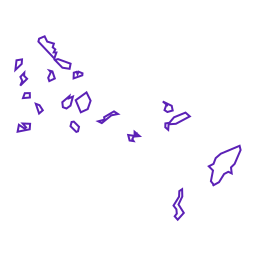 the district of Notioy Aigaioy, Notio Aigaio, Greece
{"feature_id": "26713481B52894455575268", "entity_name": "Notioy Aigaioy", "entity_type": "district", "adm_level": 2, "iso_a3": "GRC", "parent_name": "Greece", "parent_adm1": "Notio Aigaio", "projection": "natural_earth1", "projection_center": [26.069, 36.671], "detail": "medium", "context": "isolated", "style": "outline", "palette": "violet", "viewbox_px": 256, "rotation_deg": 0, "n_neighbors": 0, "source": "geoboundaries", "source_scale": "gbopen_adm2", "svg_char_len": 1794}
<svg xmlns="http://www.w3.org/2000/svg" viewBox="0 0 256 256"><path d="M239.6,145.8L220.8,153.7L215.7,158.1L213.5,163.9L208.8,166.3L213.0,170.5L210.9,181.2L213.8,184.8L212.6,185.7L219.0,182.2L224.1,174.0L228.3,171.8L231.7,173.4L231.0,167.4L234.6,163.9L240.6,150.0L239.6,145.8ZM90.6,100.7L86.5,92.4L75.7,100.2L80.8,112.3L87.7,109.1L90.6,100.7ZM47.2,41.6L44.6,36.3L39.1,38.7L38.4,41.6L54.3,58.5L56.4,52.5L53.7,52.4L55.3,49.4L52.7,47.3L53.9,43.6L47.2,41.6ZM182.1,189.2L179.3,191.1L179.1,196.6L173.5,205.6L176.4,209.3L176.8,213.6L174.7,216.3L177.7,219.7L183.8,212.9L178.5,204.5L182.3,196.5L182.1,189.2ZM189.8,116.4L185.5,112.6L174.0,117.3L169.4,122.8L165.4,123.4L165.3,127.3L168.2,129.8L168.6,124.3L175.9,123.8L189.8,116.4ZM58.0,59.1L54.9,60.0L62.4,67.7L69.6,68.8L70.6,63.7L58.0,59.1ZM69.4,96.1L62.3,102.2L62.9,107.2L66.5,108.5L70.5,105.6L72.9,96.6L68.9,98.3L69.4,96.1ZM30.1,123.8L22.7,123.5L26.1,127.4L24.6,128.6L18.9,124.8L17.6,131.7L29.7,129.3L30.1,123.8ZM22.0,59.4L16.5,60.3L15.4,69.9L21.7,63.9L22.0,59.4ZM114.0,111.4L104.1,117.2L104.6,119.6L98.2,121.3L101.8,123.1L111.4,115.3L118.0,114.0L114.0,111.4ZM171.7,105.8L162.8,101.5L167.8,105.6L166.2,105.3L164.5,110.1L167.4,112.0L172.7,110.5L171.7,105.8ZM73.8,121.6L71.6,122.0L70.5,126.2L76.3,131.9L78.0,131.3L79.0,126.8L73.8,121.6ZM24.1,75.8L24.3,72.7L20.4,76.9L22.3,80.9L20.3,85.6L27.1,78.8L24.1,75.8ZM134.6,131.8L134.6,133.9L136.3,133.5L135.6,136.0L128.2,135.0L129.6,140.5L133.6,141.1L132.3,139.1L133.6,136.6L139.6,136.1L134.6,131.8ZM76.7,71.8L73.8,72.7L73.6,78.4L82.3,75.3L82.5,73.3L78.6,71.7L77.5,74.1L76.7,71.8ZM54.8,78.5L52.4,71.4L49.5,70.6L50.8,72.2L48.2,77.8L49.3,81.1L54.8,78.5ZM35.8,103.8L39.1,113.5L42.8,110.3L39.5,105.2L35.8,103.8ZM29.8,93.1L24.8,93.2L23.0,98.1L29.9,97.5L29.8,93.1Z" fill="none" stroke="#5b21b6" stroke-width="2"/></svg>